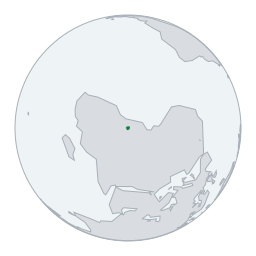 Kinshasa City highlighted on a globe, orthographic projection, rotated 134°
{"feature_id": "COD-1884", "entity_name": "Kinshasa City", "entity_type": "Neutral City", "adm_level": 1, "iso_a3": "COD", "parent_name": "Democratic Republic of the Congo", "parent_adm1": "", "projection": "orthographic", "projection_center": [15.874, -4.486], "detail": "fine", "context": "on_globe", "style": "filled", "palette": "green", "viewbox_px": 256, "rotation_deg": 134, "n_neighbors": 0, "source": "natural_earth", "source_scale": "10m", "svg_char_len": 6155}
<svg xmlns="http://www.w3.org/2000/svg" viewBox="0 0 256 256"><g transform="rotate(134 128 128)"><circle cx="128" cy="128" r="113" fill="#eef3f6" stroke="#a8b0b8"/><path d="M70.4,31.2L73.0,29.7L67.0,33.5L64.1,36.3L62.4,37.6L58.1,40.3L56.6,40.9L53.5,43.5L61.7,37.0L70.4,31.2ZM52.4,44.5L55.4,42.0L51.2,45.9L50.8,46.4L51.5,46.0L53.3,44.4L52.1,45.8L47.3,49.7L48.4,48.5L49.9,47.1L49.1,47.6L46.6,50.1L52.4,44.5ZM44.4,52.5L44.0,52.9L43.9,53.0L44.4,52.5ZM17.8,104.8L18.1,103.5L16.9,109.9L18.2,103.7L17.9,106.5L19.8,105.3L19.4,106.8L20.9,113.8L24.4,116.4L25.3,121.0L24.6,124.1L26.3,124.7L26.4,126.6L34.9,128.7L40.7,133.2L41.5,140.1L38.6,148.4L40.6,165.5L36.5,171.7L38.6,178.6L40.8,188.9L38.0,188.7L42.0,193.3L43.1,196.5L42.1,197.0L44.7,200.4L44.1,200.7L46.5,202.8L49.7,207.4L53.6,210.8L57.0,214.5L59.6,216.3L59.3,216.4L60.2,217.3L61.6,218.4L59.1,216.9L53.6,212.5L51.1,210.0L50.7,209.8L44.8,203.5L45.9,204.9L38.2,195.8L33.0,187.9L22.2,165.4L20.6,161.1L19.3,157.4L17.3,148.7L16.0,140.0L15.4,131.2L15.5,122.4L16.3,113.6L17.8,104.8ZM64.7,220.2L60.0,217.5L62.0,218.7L60.0,216.7L63.7,218.8L64.7,220.2ZM60.2,215.1L59.9,213.9L60.8,214.4L61.2,215.4L60.2,215.1ZM239.4,111.1L238.9,108.5L237.0,101.1L238.4,109.0L240.0,116.7L240.6,125.2L240.2,121.9L239.4,114.5L238.6,111.6L237.6,104.7L234.5,94.0L234.0,95.3L232.8,91.2L228.6,82.5L227.2,84.2L225.7,93.6L227.6,104.0L226.2,108.3L219.5,92.5L215.7,82.6L213.8,83.2L206.5,74.7L195.3,73.3L193.3,70.8L191.2,71.8L186.0,69.2L182.8,65.3L179.9,65.4L188.4,75.8L191.5,75.8L193.5,72.1L195.3,75.8L200.3,79.5L196.3,88.2L178.9,95.8L176.6,88.1L160.0,67.8L160.1,65.7L159.8,65.0L158.9,68.5L155.8,64.8L165.4,78.3L167.3,84.4L178.7,96.3L177.8,97.5L181.3,100.0L191.6,97.6L191.8,100.2L187.3,112.3L172.5,129.1L174.1,141.1L172.4,151.4L162.4,158.2L162.5,166.3L157.2,169.1L156.3,173.8L151.6,178.8L144.1,183.5L132.1,183.7L131.9,179.5L126.8,171.3L120.0,151.8L123.7,142.8L122.9,136.0L114.1,121.4L116.1,113.2L113.6,110.0L108.5,111.0L105.6,107.2L102.5,107.2L82.6,111.4L76.2,106.8L67.9,92.3L71.2,86.0L71.3,79.3L94.0,55.7L99.5,56.5L118.1,52.9L120.5,53.6L119.0,58.3L133.5,63.8L137.3,59.7L149.8,63.0L157.7,63.0L159.3,54.3L146.4,54.0L143.5,49.9L153.4,46.6L164.5,47.6L163.8,46.1L156.2,42.5L158.2,40.0L153.5,41.1L155.8,42.6L152.9,43.5L150.6,42.2L151.4,41.3L147.9,40.6L145.0,45.7L147.0,47.8L138.1,48.8L140.7,52.5L138.4,54.3L133.3,48.7L133.4,46.7L124.3,41.4L123.4,43.5L131.9,48.8L129.5,48.5L128.4,51.9L127.3,49.0L118.2,43.2L109.8,45.0L100.1,54.2L94.9,55.4L90.2,54.2L92.9,45.6L104.0,43.9L105.0,41.4L102.0,38.2L105.6,38.2L105.8,36.8L109.9,36.3L114.9,33.0L119.0,32.5L120.2,29.0L122.5,28.4L121.1,30.5L122.3,32.0L132.3,31.5L134.0,30.8L134.0,28.7L136.8,29.0L135.5,27.1L140.9,26.4L133.2,25.8L133.0,23.8L135.8,22.5L134.4,21.9L129.8,24.1L129.2,25.2L130.9,26.3L128.0,29.9L124.7,30.6L122.5,26.8L117.6,27.6L118.0,24.8L130.2,19.6L135.7,18.9L146.4,21.2L145.5,22.1L141.3,21.6L145.9,23.6L145.2,22.7L147.5,23.2L147.9,21.9L149.5,22.2L147.1,20.6L149.1,20.9L150.6,21.9L152.9,20.8L157.0,21.3L156.7,21.0L155.3,20.4L161.4,21.8L160.9,21.5L158.7,20.9L156.4,20.0L154.6,19.1L156.8,19.6L157.8,20.0L163.1,21.9L165.2,23.2L166.0,23.3L164.6,22.4L158.1,20.0L156.4,19.4L159.7,20.3L158.4,19.9L158.2,19.8L160.1,20.2L156.7,19.2L154.9,18.6L162.9,20.9L170.7,23.7L178.2,27.2L185.5,31.1L192.5,35.6L199.1,40.6L205.3,46.1L211.2,52.0L216.5,58.3L221.4,65.0L225.8,72.1L229.6,79.4L232.9,87.1L235.7,94.9L237.8,102.9L239.4,111.1ZM87.0,66.8L86.6,68.8L87.0,66.8ZM177.0,53.7L183.3,54.6L179.3,49.2L181.4,49.2L179.3,47.5L179.0,48.8L173.6,44.4L175.9,43.3L174.5,41.3L172.4,40.9L169.1,43.8L176.7,49.9L175.8,51.9L177.0,53.7ZM19.9,105.2L20.0,106.3L19.6,106.5L19.9,105.2ZM22.0,91.3L22.2,91.6L21.6,92.4L22.0,91.3ZM22.0,89.8L21.8,91.3L20.8,93.6L20.9,93.2L21.3,91.9L21.6,91.2L22.0,89.8ZM51.5,45.6L51.8,45.4L52.1,45.3L51.2,46.1L51.5,45.6ZM58.0,41.8L55.8,44.2L56.8,42.9L55.1,44.1L55.0,43.2L61.6,38.2L58.6,40.5L58.0,41.8ZM56.6,41.1L56.0,41.9L56.4,41.2L56.6,41.1ZM102.4,31.2L104.0,31.8L102.8,33.2L97.6,34.8L99.4,32.6L102.4,31.2ZM106.6,32.3L105.9,28.6L109.0,27.8L107.4,28.8L109.6,28.6L107.5,30.3L111.3,33.5L110.5,35.0L101.4,36.5L104.8,35.0L103.0,34.5L106.6,32.3ZM98.3,23.7L98.0,22.9L105.2,22.0L104.7,22.9L99.5,24.3L97.1,24.1L98.3,23.7ZM85.3,23.8L84.8,24.0L81.1,25.6L81.3,25.5L85.3,23.8ZM78.7,26.7L78.2,26.9L78.3,26.9L78.7,26.7ZM118.6,15.8L119.5,15.7L116.7,15.9L120.0,15.8L116.7,16.1L117.3,16.1L115.2,16.5L113.7,17.0L112.1,17.1L112.2,17.3L110.8,17.6L110.4,17.9L107.4,18.5L106.7,19.0L105.7,19.0L105.2,19.7L104.3,19.4L102.4,20.1L104.3,20.0L89.4,23.8L83.8,26.1L79.7,28.4L78.6,28.0L81.8,25.9L87.0,23.3L92.5,21.3L91.0,21.7L93.2,21.0L93.4,21.0L94.3,20.5L96.2,20.0L99.6,19.0L109.0,17.0L118.6,15.8ZM122.9,51.7L124.7,51.9L127.5,51.6L126.8,53.9L122.9,51.7ZM116.6,47.8L118.2,47.4L118.6,50.3L116.7,50.3L116.6,47.8ZM118.7,45.0L118.2,47.2L117.4,46.0L118.7,45.0ZM122.5,30.2L124.2,29.9L124.5,30.4L123.7,31.2L122.5,30.2ZM128.6,16.7L127.1,16.5L127.5,16.4L126.1,16.0L128.4,15.9L130.1,16.1L128.6,16.7ZM157.3,55.7L155.3,57.3L154.0,56.5L155.0,56.1L157.3,55.7ZM140.5,55.4L144.5,56.5L140.2,56.0L140.5,55.4ZM130.8,16.5L130.0,16.3L131.6,16.4L130.8,16.5ZM130.0,15.8L131.9,15.9L128.5,15.8L130.0,15.8ZM187.5,208.8L187.2,210.3L186.0,210.3L187.5,208.8ZM189.7,150.5L180.9,168.5L176.2,168.4L176.0,162.9L179.7,151.9L185.5,149.1L188.5,144.2L189.7,150.5ZM239.7,142.1L239.8,141.3L240.0,139.6L239.7,142.1ZM240.1,139.4L240.2,132.8L238.2,115.7L239.0,116.5L240.6,127.5L240.5,129.0L240.5,134.0L240.1,139.4ZM228.0,105.1L230.1,111.7L229.1,112.5L228.0,105.1ZM149.2,17.6L148.6,18.1L149.7,18.9L152.7,19.8L148.2,19.0L146.5,17.7L149.2,17.6ZM138.6,16.0L138.3,16.1L136.9,16.0L138.6,16.0Z" fill="#d9dde1" stroke="#a8b0b8" stroke-width="1"/><path d="M126.6,127.9L126.7,127.7L126.8,127.7L127.0,127.5L127.2,127.4L127.3,127.2L127.7,127.0L127.8,127.0L128.0,126.9L128.2,127.0L128.4,127.0L128.5,127.0L128.8,127.1L129.0,127.2L129.0,127.3L129.2,127.5L129.3,127.5L129.3,127.8L129.2,127.9L129.2,128.0L128.9,128.4L128.8,128.6L128.8,128.8L128.8,129.0L128.3,129.0L128.2,128.9L128.0,129.0L127.9,129.1L127.7,129.0L127.6,128.9L127.7,128.7L127.8,128.4L127.7,128.4L127.6,128.2L127.3,128.1L127.2,128.1L127.1,128.3L126.9,128.3L126.8,128.2L126.6,127.9Z" fill="#22c55e" stroke="#15803d" stroke-width="1.5"/></g></svg>